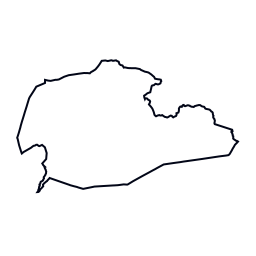 the district of Santa María Yucuhiti, Oaxaca, Mexico, rotated 272°
{"feature_id": "50627088B16250901962505", "entity_name": "Santa María Yucuhiti", "entity_type": "district", "adm_level": 2, "iso_a3": "MEX", "parent_name": "Mexico", "parent_adm1": "Oaxaca", "projection": "albers", "projection_center": [-97.803, 17.027], "detail": "fine", "context": "isolated", "style": "outline", "palette": "ink", "viewbox_px": 256, "rotation_deg": 272, "n_neighbors": 0, "source": "geoboundaries", "source_scale": "gbopen_adm2", "svg_char_len": 5076}
<svg xmlns="http://www.w3.org/2000/svg" viewBox="0 0 256 256"><g transform="rotate(272 128 128)"><path d="M173.2,43.4L170.1,43.5L169.2,41.6L168.1,39.2L166.1,34.9L163.7,33.6L160.6,31.8L155.6,28.8L154.1,28.1L148.9,26.7L145.8,25.9L140.1,24.3L137.0,23.5L133.3,22.5L130.8,21.8L126.4,20.7L124.8,20.4L121.6,19.6L119.6,19.1L117.4,18.5L114.3,17.6L113.3,18.1L109.5,19.1L106.9,19.8L99.3,22.5L99.0,22.7L98.8,22.8L100.3,24.4L104.7,31.5L105.2,32.2L105.7,32.7L106.9,34.2L107.0,34.8L107.2,35.6L107.5,36.1L108.0,36.8L108.1,37.8L107.0,39.3L106.8,40.0L106.9,40.3L108.1,42.7L105.8,45.6L100.1,47.6L94.1,47.3L89.6,43.6L89.4,43.8L88.8,44.0L88.5,44.2L88.3,44.4L87.9,44.6L87.7,44.8L86.8,45.8L86.8,45.7L86.4,45.7L86.2,46.0L85.9,46.1L85.7,46.3L85.4,46.3L85.2,46.2L84.9,46.3L84.4,46.5L84.0,46.9L83.8,47.0L83.5,47.2L83.4,47.2L83.2,47.2L82.8,47.3L82.5,47.4L81.9,47.7L81.6,47.8L81.4,47.7L81.2,47.7L80.0,47.7L79.6,47.6L79.4,47.5L79.1,47.3L78.9,47.2L78.6,47.1L78.3,47.1L78.1,46.9L77.6,46.6L77.1,46.4L76.1,45.6L75.9,45.5L75.6,45.5L75.0,45.7L74.7,45.8L74.3,45.6L73.9,45.3L73.4,45.0L73.2,45.0L72.9,45.0L72.6,44.8L72.1,44.3L71.9,43.9L71.7,43.6L71.4,43.0L71.3,42.8L71.0,42.6L70.6,42.4L70.0,42.4L69.3,42.2L68.8,41.9L68.5,41.5L67.7,41.7L67.6,41.8L67.2,41.9L66.9,41.7L66.5,41.3L66.1,41.3L65.7,41.2L65.2,41.1L64.9,41.1L64.5,41.1L64.2,41.0L63.4,40.7L62.9,40.5L61.9,40.6L61.6,40.2L60.8,39.7L60.9,40.6L61.7,41.6L63.2,42.3L63.6,42.5L64.0,42.8L65.0,43.8L65.3,44.0L66.8,45.3L68.4,45.0L70.1,46.4L70.7,47.2L71.7,48.2L72.1,48.9L72.9,49.4L74.8,51.1L75.3,51.4L72.2,61.4L69.1,71.5L68.8,72.3L67.9,76.1L67.3,79.0L66.8,80.5L65.6,85.3L65.9,86.6L66.5,89.1L67.4,92.9L68.3,96.6L69.5,109.1L70.0,114.3L70.2,116.7L70.5,119.9L71.5,125.7L71.4,128.9L71.5,129.6L75.0,134.9L80.6,144.2L84.4,150.7L87.2,155.4L87.3,155.7L89.1,158.6L92.8,164.9L94.7,175.4L95.7,181.3L96.4,184.7L97.0,188.2L97.4,190.4L98.4,196.1L99.8,204.0L99.9,204.5L102.7,219.6L103.1,222.0L103.9,227.0L104.2,228.4L104.4,229.4L105.5,230.5L105.9,230.7L106.6,231.1L107.9,231.8L109.2,232.5L111.1,233.4L111.8,233.8L112.8,234.4L113.4,234.7L114.4,235.2L115.0,235.5L115.6,236.1L117.1,237.4L117.2,237.6L117.9,238.1L118.3,238.4L118.9,237.3L118.9,236.7L120.6,234.0L121.1,233.5L121.5,233.5L123.4,233.5L123.9,232.9L124.7,232.9L125.0,232.8L125.4,232.8L125.8,232.4L126.7,232.2L127.6,231.4L128.4,231.6L128.5,232.5L129.0,232.4L129.3,232.4L129.9,232.1L134.9,214.6L135.4,214.3L136.1,214.2L136.8,214.4L138.1,214.5L138.8,214.5L139.5,214.0L140.0,214.0L141.3,212.9L142.1,212.7L142.7,212.9L143.2,213.0L143.4,212.8L143.8,212.6L144.3,212.4L144.8,212.4L145.6,212.2L146.4,212.1L147.1,211.4L147.3,210.8L148.2,210.0L148.7,209.5L149.0,209.1L149.2,208.8L149.5,207.5L149.7,206.0L150.0,204.8L150.1,204.6L151.3,203.8L151.8,203.4L152.2,201.2L152.4,200.8L153.4,199.3L153.4,197.9L153.1,197.0L153.0,196.4L152.5,195.0L152.3,194.1L151.8,193.6L151.3,192.9L151.5,192.4L151.4,191.6L151.5,190.8L151.7,190.3L151.9,189.6L152.1,189.2L152.4,189.0L152.5,188.6L152.7,187.8L152.8,187.2L152.8,186.9L152.6,186.3L152.2,185.4L152.1,185.0L151.9,184.5L151.8,184.3L151.9,183.9L152.2,183.2L153.0,182.9L153.0,182.4L152.6,182.0L152.4,181.8L152.0,181.4L151.0,181.0L151.1,180.4L151.3,180.1L151.2,179.9L151.2,179.5L150.4,178.8L149.3,178.2L147.6,178.3L147.2,178.2L146.9,178.2L146.5,178.2L145.2,177.8L144.8,176.9L144.6,176.2L144.5,175.9L144.2,175.9L143.3,176.1L142.6,176.0L141.6,175.5L141.0,174.0L140.2,172.8L140.8,172.0L141.7,171.3L141.9,170.2L141.5,169.5L141.0,168.7L140.4,167.9L139.9,166.9L140.0,166.1L140.3,165.4L140.3,164.9L140.3,164.7L140.4,164.4L140.8,163.8L141.0,163.3L142.0,161.9L142.1,161.7L141.6,160.6L141.7,159.6L141.8,159.1L142.0,158.8L141.5,157.2L140.7,155.6L141.6,154.4L141.8,154.2L142.7,153.8L143.1,153.7L144.5,153.3L146.2,152.6L147.7,151.9L148.3,151.6L149.2,150.9L149.4,150.7L149.7,150.5L150.3,150.0L151.0,149.3L151.4,148.9L152.3,148.1L153.3,148.6L153.9,148.9L154.2,149.0L154.8,149.0L155.2,149.2L155.8,149.0L156.0,148.8L156.4,148.5L156.5,148.3L156.6,147.9L157.0,147.1L157.9,146.3L158.1,146.1L158.2,145.5L158.3,144.9L158.2,144.2L157.5,143.9L159.0,143.3L159.8,143.1L160.9,143.0L161.9,144.5L163.1,145.8L163.5,146.4L164.5,149.0L168.5,149.8L169.1,149.9L169.8,150.0L170.7,150.2L171.3,150.7L171.4,151.0L171.7,152.4L172.4,153.1L172.9,153.7L173.1,154.0L172.9,155.1L172.7,155.6L172.6,156.5L172.8,157.2L172.9,157.4L173.3,158.1L173.6,158.6L173.7,158.8L173.9,158.9L175.0,159.1L175.7,159.3L176.0,159.6L177.4,159.1L177.7,157.5L177.7,156.7L177.9,155.1L178.2,153.3L180.0,152.3L181.0,151.0L181.5,150.4L182.4,149.3L183.2,148.0L183.7,147.3L184.1,146.6L184.3,146.0L184.4,145.5L184.6,144.7L184.7,144.1L184.8,143.7L184.8,143.4L184.9,142.9L186.5,138.9L187.3,137.8L188.0,133.6L187.9,130.3L187.9,126.0L188.5,122.7L188.2,121.7L190.3,120.3L190.7,118.4L191.7,117.1L193.9,116.4L194.5,114.8L195.2,113.7L194.6,110.6L194.9,109.9L195.1,108.9L194.2,105.5L194.7,102.9L194.2,99.4L190.6,97.3L188.4,95.8L185.6,93.6L184.6,92.4L184.1,91.4L183.8,91.2L182.6,89.1L181.3,87.9L181.5,85.5L181.4,82.0L180.6,77.2L179.7,72.5L178.7,66.9L177.0,62.4L175.1,59.0L174.1,57.2L173.7,55.3L173.6,53.6L172.4,49.1L172.6,46.5L173.2,43.4Z" fill="none" stroke="#020617" stroke-width="2"/></g></svg>